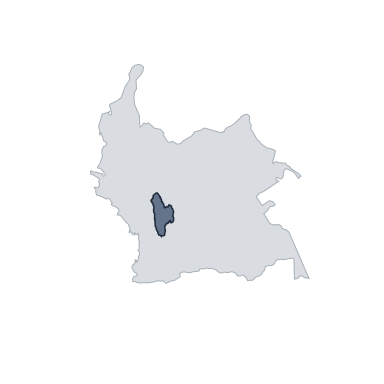 location of Tolima within Colombia, rotated 326°
{"feature_id": "COL-1402", "entity_name": "Tolima", "entity_type": "Department", "adm_level": 1, "iso_a3": "COL", "parent_name": "Colombia", "parent_adm1": "", "projection": "mercator", "projection_center": [-75.185, 4.102], "detail": "fine", "context": "in_parent", "style": "filled", "palette": "slate", "viewbox_px": 384, "rotation_deg": 326, "n_neighbors": 0, "source": "natural_earth", "source_scale": "10m", "svg_char_len": 7024}
<svg xmlns="http://www.w3.org/2000/svg" viewBox="0 0 384 384"><g transform="rotate(326 192 192)"><path d="M218.6,64.6L215.1,66.1L208.2,67.9L203.5,75.7L200.2,77.1L196.3,81.7L193.3,87.4L191.1,99.1L185.2,108.9L185.7,109.4L188.0,108.9L190.2,107.8L191.0,108.2L191.8,109.9L194.5,110.3L196.7,118.3L200.7,122.3L201.1,123.9L201.7,127.2L200.2,129.2L199.8,136.5L201.1,138.3L204.1,139.0L206.1,143.5L207.4,144.6L209.3,145.3L213.7,144.6L221.7,145.3L223.6,145.2L228.1,143.6L233.8,145.6L238.1,145.9L249.5,159.5L250.7,159.1L252.1,159.9L255.0,158.5L257.5,158.3L260.8,159.0L265.1,159.0L273.8,157.6L275.1,156.8L279.9,157.6L281.3,158.6L282.0,161.1L281.4,162.7L279.8,164.3L278.8,166.3L278.7,168.8L277.8,170.6L276.3,171.8L275.7,173.5L276.0,175.8L275.2,186.0L275.9,186.9L276.4,191.1L278.4,196.5L279.3,198.1L281.0,199.4L284.1,203.9L283.4,205.4L275.5,212.4L275.1,214.1L276.6,213.4L279.1,214.1L279.9,215.7L285.7,220.6L285.6,222.5L287.3,226.2L287.0,227.0L291.0,237.5L291.2,239.7L287.8,240.3L287.7,233.3L287.2,231.9L283.4,225.6L282.6,225.1L280.1,225.8L275.8,230.5L273.9,231.1L272.3,230.5L270.7,227.7L269.7,227.2L268.6,229.5L269.9,231.6L251.3,231.6L247.6,230.7L242.6,231.8L242.6,242.4L251.4,242.5L253.8,245.6L253.6,248.0L254.0,248.9L251.9,249.4L248.8,247.8L243.3,249.8L239.3,250.2L239.0,262.0L241.4,264.9L246.2,268.0L246.8,270.1L246.5,272.1L247.6,274.7L249.2,276.0L249.2,277.5L250.0,279.2L240.7,328.9L237.4,325.9L236.3,323.1L234.6,322.0L231.5,322.9L228.2,321.5L239.0,304.6L238.6,303.1L229.6,299.0L228.7,297.9L224.4,295.7L222.0,296.4L220.6,297.5L217.4,297.8L214.7,296.0L211.6,294.8L207.8,297.7L206.6,297.6L204.0,298.9L201.1,299.4L197.3,298.1L194.3,299.0L192.2,298.8L191.4,297.9L188.7,296.9L188.4,295.7L189.1,293.7L188.0,289.6L187.5,288.9L185.5,288.8L183.1,287.3L182.6,286.4L183.1,284.8L182.7,283.4L180.3,280.1L177.1,279.2L174.0,276.5L170.8,275.5L169.4,273.6L168.0,269.2L164.8,265.7L162.5,264.6L161.8,263.0L159.4,262.8L156.3,260.5L154.9,260.4L153.9,261.4L151.0,260.3L148.5,258.7L145.9,258.2L144.2,257.2L141.1,254.0L137.8,252.5L135.9,253.1L135.2,255.4L134.1,255.8L130.3,255.2L129.7,255.7L128.7,255.6L124.0,253.9L119.4,253.3L118.3,249.3L115.3,247.9L114.4,246.0L112.3,246.2L104.5,242.6L101.2,240.1L98.4,238.7L95.5,235.9L95.1,234.8L92.8,233.2L93.9,231.1L96.6,229.5L100.1,230.7L100.6,228.3L99.3,226.1L99.9,221.2L100.8,220.1L102.8,219.1L104.0,219.5L104.7,218.7L107.6,219.0L108.5,218.7L110.7,216.7L111.6,215.2L112.6,215.3L114.9,212.7L114.6,210.0L116.8,209.4L119.1,205.1L120.1,205.0L120.6,202.9L124.6,195.7L123.2,196.6L121.6,196.1L121.8,193.7L121.3,193.4L120.0,195.2L118.9,193.3L119.2,190.3L117.4,190.8L117.5,190.1L120.1,187.8L121.2,182.5L120.3,180.6L119.8,172.6L119.3,171.1L117.2,169.1L120.6,166.9L121.8,165.2L120.3,161.6L118.2,158.6L118.2,156.9L119.4,157.0L119.9,152.1L118.7,150.2L117.3,150.2L112.8,142.9L111.2,141.3L112.4,137.8L113.7,136.3L113.4,133.6L114.4,133.7L116.3,136.2L117.1,135.8L120.2,133.5L120.2,131.3L122.7,129.1L119.2,121.6L118.1,120.4L119.5,118.0L120.3,118.1L121.6,120.5L123.8,122.0L126.9,126.2L128.3,127.2L127.3,128.1L127.1,129.1L127.6,129.6L129.4,129.8L130.1,128.6L129.6,123.5L128.9,121.0L127.2,119.2L127.7,118.4L131.0,117.2L137.7,112.3L140.0,107.7L141.8,106.1L143.8,105.0L146.2,105.3L148.1,104.7L148.7,103.2L147.4,100.1L148.9,95.7L148.8,93.5L149.7,92.2L149.4,91.7L147.0,93.2L149.5,90.1L151.3,85.4L161.1,77.2L167.5,79.2L169.5,79.0L166.8,80.1L166.4,81.3L167.4,82.5L168.3,82.9L169.2,82.1L171.3,77.2L171.6,74.6L172.5,73.6L173.9,73.3L180.1,74.5L186.1,74.1L195.7,67.1L203.0,64.2L204.8,61.3L205.3,59.2L206.6,58.3L208.0,58.3L208.8,57.2L212.2,55.3L215.8,55.1L219.6,56.7L221.3,59.6L221.6,61.5L218.6,64.6ZM107.7,218.2L107.3,218.5L106.4,217.9L106.1,217.1L106.6,216.5L107.3,216.7L107.7,218.2Z" fill="#d9dde1" stroke="#a8b0b8" stroke-width="1"/><path d="M165.7,198.1L165.6,198.3L164.6,199.2L163.9,199.6L163.7,199.9L163.6,200.1L163.4,200.4L163.3,200.6L163.2,200.6L162.9,200.9L162.8,201.0L162.9,201.4L162.9,201.5L162.6,201.9L162.3,202.1L162.2,202.3L162.2,202.6L162.2,202.9L162.3,203.1L162.3,203.3L162.2,203.5L161.9,203.8L161.5,204.2L160.9,205.1L160.0,205.9L159.1,206.1L158.3,206.1L157.6,205.9L157.4,205.8L157.4,205.6L157.4,205.4L157.5,205.2L157.5,204.7L157.7,204.4L157.8,204.3L157.8,204.1L157.9,203.8L158.0,203.6L156.3,203.6L156.2,203.6L156.0,203.8L155.8,203.9L155.6,204.1L155.6,204.3L155.3,204.2L155.2,204.0L154.9,204.0L154.6,204.2L154.5,204.4L154.4,204.5L154.1,204.4L153.9,204.3L153.5,204.0L153.4,203.9L153.2,203.9L152.7,204.0L152.4,204.3L152.2,204.5L151.9,204.6L151.6,204.8L151.4,204.8L151.1,204.8L150.9,204.7L150.7,204.8L150.5,205.0L150.2,205.5L149.7,206.1L149.2,206.9L148.9,207.6L148.8,208.3L148.4,208.7L148.3,209.2L148.0,209.6L146.4,210.9L145.8,211.5L145.4,212.3L145.0,212.5L144.6,212.5L143.3,212.0L143.0,211.8L142.8,211.7L142.6,211.5L142.4,211.5L142.2,211.5L141.7,211.8L141.7,210.7L141.5,210.1L141.1,209.8L140.9,209.5L140.7,209.4L140.4,209.1L140.4,208.9L140.5,208.6L140.7,208.0L140.7,207.7L140.7,207.4L141.0,207.2L141.2,206.1L141.2,205.9L141.3,205.7L141.5,205.5L141.5,205.4L141.3,205.2L141.2,204.8L141.4,204.4L141.4,204.0L141.4,203.4L141.5,203.1L141.7,202.7L141.9,202.2L142.0,202.0L142.1,201.8L142.3,201.5L142.3,201.3L142.3,201.0L142.4,200.1L142.5,199.8L142.7,199.6L142.8,199.0L143.2,198.6L143.3,198.5L143.5,198.1L144.5,196.5L144.9,195.5L145.2,195.1L145.3,194.8L145.5,194.2L145.9,193.9L146.4,193.6L146.1,193.0L146.9,192.1L147.2,191.6L147.3,191.4L147.7,190.9L147.8,190.6L148.1,190.3L148.5,189.8L148.7,189.5L148.9,188.4L149.0,187.3L149.4,186.5L149.9,185.9L150.2,185.2L150.3,185.0L150.7,184.6L151.4,184.2L151.5,184.1L151.7,183.9L151.7,183.5L152.2,182.7L152.4,181.2L152.7,180.6L153.0,180.2L153.1,179.9L153.2,179.7L153.0,179.4L152.8,178.9L152.8,178.7L153.4,177.5L153.1,177.1L152.9,177.0L153.0,176.5L153.4,176.1L153.7,175.8L154.0,175.7L154.4,175.7L154.6,175.7L154.9,175.6L155.1,175.5L155.3,175.3L155.8,175.1L156.1,175.3L156.3,175.3L156.5,175.3L156.6,175.2L156.7,174.8L157.4,173.8L157.5,173.5L157.9,173.4L158.1,173.2L158.3,173.1L158.6,173.1L158.9,173.1L159.5,172.9L159.8,172.9L160.5,173.0L160.8,172.9L161.1,172.8L161.3,172.8L161.8,173.0L162.5,173.2L162.7,173.5L162.9,176.2L162.6,177.2L162.6,177.5L162.9,178.1L163.0,178.2L162.9,178.3L162.5,178.4L162.4,178.5L162.6,179.2L162.6,179.4L162.6,179.5L162.6,179.8L162.4,179.8L162.3,180.0L162.3,180.4L162.4,181.2L162.3,181.4L162.1,181.7L162.1,181.8L162.0,182.0L161.8,182.1L161.6,182.2L161.5,182.3L161.4,182.5L161.6,183.0L161.6,183.4L161.8,183.5L162.0,183.6L161.9,183.8L161.6,184.2L161.5,184.4L161.7,184.5L161.7,185.4L161.7,186.1L161.5,186.7L160.4,189.3L160.3,189.7L160.5,189.9L160.8,189.9L161.3,189.8L161.7,189.8L162.1,189.7L162.1,189.9L162.5,190.1L162.6,190.4L162.9,190.3L163.5,190.7L163.6,190.8L163.8,190.9L164.0,190.8L164.3,190.9L164.5,190.6L164.7,190.2L164.8,190.1L165.4,189.9L165.5,189.8L165.8,189.9L165.9,190.0L166.0,190.1L166.3,190.4L166.7,191.1L166.8,191.3L166.9,191.5L167.0,192.1L167.0,192.5L166.8,192.8L166.7,192.8L166.5,193.1L166.4,193.3L166.3,193.5L166.4,194.0L166.2,194.6L166.5,195.2L166.5,195.4L166.4,195.7L166.3,196.1L165.9,196.9L165.7,198.1Z" fill="#64748b" stroke="#1e293b" stroke-width="1.5"/></g></svg>